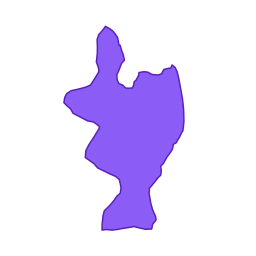 outline of Goygol District, Xanlar, Azerbaijan, rotated 350°
{"feature_id": "54616110B13615645655589", "entity_name": "Goygol District", "entity_type": "district", "adm_level": 2, "iso_a3": "AZE", "parent_name": "Azerbaijan", "parent_adm1": "Xanlar", "projection": "equal_earth", "projection_center": [46.326, 40.553], "detail": "fine", "context": "isolated", "style": "filled", "palette": "violet", "viewbox_px": 256, "rotation_deg": 350, "n_neighbors": 0, "source": "geoboundaries", "source_scale": "gbopen_adm2", "svg_char_len": 1753}
<svg xmlns="http://www.w3.org/2000/svg" viewBox="0 0 256 256"><g transform="rotate(350 128 128)"><path d="M136.3,60.5L136.2,58.7L136.0,55.2L135.3,51.0L134.9,48.1L134.6,45.2L133.6,45.0L133.4,36.9L131.6,33.0L129.9,30.0L127.4,27.2L124.2,24.6L123.4,24.0L121.0,26.4L115.4,31.0L113.0,35.3L111.9,42.9L110.6,49.7L108.3,57.5L108.7,59.5L109.5,64.7L108.9,67.7L105.3,71.9L101.3,76.3L98.5,79.2L93.7,80.4L89.7,80.8L83.6,81.2L78.5,81.4L73.6,83.5L71.0,86.9L69.3,91.9L69.4,92.1L71.8,95.6L74.8,99.3L76.5,104.0L89.5,114.0L95.1,116.1L99.8,121.1L99.8,123.1L93.6,130.2L86.9,137.3L82.6,142.9L80.8,149.6L88.4,157.3L91.2,162.1L101.8,169.8L107.4,173.5L110.4,177.1L110.7,181.4L110.7,186.0L109.0,190.9L105.1,193.3L101.2,197.3L96.4,201.2L90.2,205.5L88.2,210.0L85.7,218.6L84.8,224.0L85.2,224.0L88.8,224.2L94.7,225.8L98.6,226.0L104.9,226.0L110.6,226.1L111.5,226.1L116.8,226.1L118.9,227.1L120.6,227.8L124.5,229.5L125.7,230.0L127.6,230.8L132.8,231.4L133.8,232.0L133.7,231.9L134.7,229.3L135.8,226.7L138.5,224.6L139.8,223.1L139.8,219.9L138.1,213.1L137.4,206.3L137.4,201.0L137.4,196.1L138.7,191.0L141.5,188.7L146.6,184.3L149.1,182.0L152.0,180.2L153.4,175.7L153.5,171.2L156.7,169.0L158.8,166.5L161.5,163.2L164.8,160.1L165.8,159.2L168.1,156.5L169.8,152.0L172.9,150.9L175.2,148.0L177.2,145.9L178.8,143.6L180.8,141.0L181.6,140.2L184.1,131.8L185.2,124.9L186.1,118.2L186.7,108.9L186.7,99.6L186.6,91.8L186.6,88.8L186.2,81.4L185.0,76.7L182.4,73.7L180.6,76.4L178.0,76.3L173.4,76.6L170.5,80.4L166.6,81.1L160.7,79.3L157.3,76.5L153.6,75.3L148.5,75.3L147.3,78.4L144.3,82.2L142.3,83.4L140.8,87.1L140.5,87.6L139.1,89.4L136.9,89.1L135.9,89.0L132.6,88.3L130.3,84.9L126.6,82.5L125.7,78.5L126.2,73.6L128.3,70.8L131.1,66.2L132.8,63.3L136.3,60.5Z" fill="#8b5cf6" stroke="#5b21b6" stroke-width="1.5"/></g></svg>